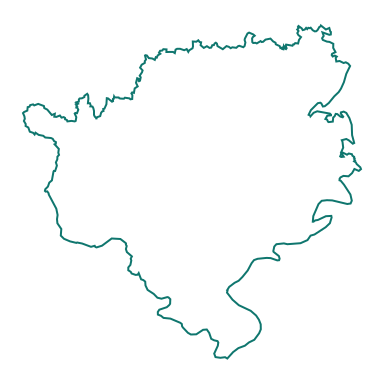 the district of Kishoreganj, Dhaka, Bangladesh
{"feature_id": "16705992B82604838368079", "entity_name": "Kishoreganj", "entity_type": "district", "adm_level": 2, "iso_a3": "BGD", "parent_name": "Bangladesh", "parent_adm1": "Dhaka", "projection": "mercator", "projection_center": [90.932, 24.337], "detail": "fine", "context": "isolated", "style": "outline", "palette": "teal", "viewbox_px": 384, "rotation_deg": 0, "n_neighbors": 0, "source": "geoboundaries", "source_scale": "gbopen_adm2", "svg_char_len": 5822}
<svg xmlns="http://www.w3.org/2000/svg" viewBox="0 0 384 384"><path d="M314.5,234.5L325.7,227.2L329.9,223.2L331.6,217.5L331.3,215.9L325.9,216.2L317.8,220.0L315.2,220.4L313.5,221.7L312.8,221.7L313.3,216.1L318.5,204.1L321.7,200.8L326.9,200.2L332.2,200.4L347.3,204.0L350.6,203.5L351.8,200.7L350.4,194.5L344.0,184.7L340.7,180.7L339.5,180.3L339.6,178.7L340.5,177.4L343.4,175.9L348.5,176.3L352.1,173.1L354.4,169.0L358.8,170.9L361.0,169.1L360.3,167.3L356.7,164.1L355.8,162.3L354.1,161.3L355.0,160.4L354.3,159.6L354.7,158.4L353.9,157.9L354.1,156.8L352.4,155.7L351.9,154.2L348.8,153.5L347.0,154.7L343.0,152.7L342.0,154.0L343.7,156.7L341.2,157.0L340.2,156.4L341.3,153.7L340.9,152.8L343.2,147.7L342.5,141.8L341.8,140.2L346.3,139.0L348.8,140.3L352.8,143.7L354.2,143.0L352.1,135.2L351.7,124.8L349.4,118.1L346.3,112.9L343.7,111.6L340.9,112.4L340.8,113.6L343.2,116.7L342.7,117.3L340.4,116.6L337.3,114.1L335.7,113.9L334.6,116.3L333.2,117.5L332.8,121.6L328.7,122.1L328.0,121.7L327.1,119.6L325.4,119.0L327.3,115.7L331.0,115.3L331.0,114.7L329.9,113.6L317.2,111.3L313.6,112.8L310.5,116.3L310.3,115.6L308.6,114.8L310.9,110.1L317.8,103.2L320.3,102.7L321.3,103.4L322.9,106.5L324.8,106.2L328.8,103.0L334.3,96.3L338.7,92.1L341.0,88.6L343.9,82.2L346.3,73.8L350.1,66.0L348.3,63.7L345.8,62.3L343.6,63.0L339.6,61.0L336.3,61.5L335.7,57.9L336.8,56.6L334.8,55.6L332.7,56.5L331.7,55.0L332.1,53.8L335.5,52.1L333.2,47.9L333.3,43.8L329.5,41.9L326.9,41.6L322.8,39.9L322.1,38.2L323.7,35.9L322.5,32.4L329.3,34.8L330.8,34.5L330.9,32.0L330.3,31.6L329.3,28.0L325.9,29.5L320.9,25.5L320.6,26.4L319.4,26.9L317.6,30.0L316.3,31.2L314.8,31.4L312.7,30.2L310.7,27.7L309.8,28.2L308.3,27.8L307.2,29.1L306.1,27.9L304.7,29.6L302.7,30.1L301.7,28.3L298.5,26.0L297.9,26.9L298.5,28.3L297.2,29.5L298.5,31.0L297.3,33.1L298.4,35.1L301.0,37.1L299.0,39.9L298.1,43.5L295.2,43.1L294.1,44.4L293.3,44.3L292.5,45.7L286.1,44.6L285.7,45.6L286.6,48.3L286.0,49.1L285.0,48.5L283.8,46.2L283.4,49.3L282.2,49.0L282.4,47.5L280.4,48.1L279.7,46.1L275.8,44.3L275.5,42.7L273.1,41.4L270.5,38.6L265.5,39.6L263.1,41.8L261.6,42.0L260.6,41.1L256.8,43.4L255.4,42.8L253.2,43.0L252.3,42.1L252.1,38.4L252.9,37.0L254.7,35.7L253.4,34.5L249.1,32.6L247.5,33.5L244.9,38.6L244.6,40.0L245.4,42.5L244.6,46.0L243.3,47.2L239.3,45.8L238.2,46.1L236.3,47.8L232.3,47.3L230.7,48.2L228.8,46.8L226.5,46.1L222.8,49.2L217.5,46.1L216.9,43.6L215.8,42.7L214.6,43.5L213.9,45.1L212.3,45.2L211.2,47.6L209.5,47.9L206.9,46.2L203.8,47.9L200.6,45.2L201.1,42.3L199.6,42.0L198.3,40.3L196.4,41.7L192.8,41.5L193.0,46.4L192.5,48.3L189.2,50.3L188.3,51.9L186.7,49.1L184.2,50.2L180.1,48.8L177.1,48.8L175.6,49.6L174.8,53.1L173.0,51.9L166.4,52.0L166.5,49.4L163.3,49.2L162.3,50.5L160.1,50.8L159.0,52.7L160.3,53.8L157.7,55.4L156.8,57.6L155.8,57.2L154.8,59.9L152.3,58.5L148.8,58.1L146.9,55.5L145.5,55.2L145.0,55.5L146.0,59.5L144.8,61.1L144.8,62.9L141.7,64.7L140.1,67.7L142.6,70.4L142.0,72.3L139.7,75.7L140.7,77.3L140.0,80.7L138.3,81.6L138.9,80.8L138.8,78.9L137.2,78.2L136.0,82.8L137.7,86.4L134.7,88.4L133.9,92.9L132.2,92.4L131.4,93.4L132.4,95.2L132.2,99.0L130.4,99.3L129.5,98.4L124.9,97.7L123.9,98.7L120.9,98.6L119.4,98.3L118.7,97.5L114.6,97.4L114.1,96.5L113.7,98.8L113.0,99.0L113.0,100.6L112.4,100.7L112.8,101.3L112.0,101.7L108.0,98.4L106.8,98.2L106.4,104.3L104.4,108.7L103.2,109.0L103.5,111.0L102.1,111.5L101.1,112.8L100.2,116.1L96.8,117.3L96.4,119.2L96.0,117.6L94.8,116.7L94.0,114.9L94.0,110.9L93.3,108.1L92.5,106.6L90.6,106.4L90.9,106.0L89.9,103.2L87.9,103.3L88.4,98.6L88.1,95.1L87.2,93.8L84.4,95.8L84.3,97.1L81.9,98.3L79.6,98.5L78.9,99.4L78.8,101.6L76.7,102.2L77.6,103.2L76.6,103.2L77.3,103.9L76.2,104.3L77.0,104.9L76.3,105.9L77.2,106.8L76.5,107.6L77.3,107.8L78.3,109.7L77.0,113.2L75.3,113.0L74.7,113.6L76.3,117.1L75.7,120.9L74.8,121.4L71.5,120.9L67.4,121.4L66.8,119.9L65.1,119.3L65.0,117.9L63.7,117.1L61.5,117.6L59.9,115.5L56.4,116.9L54.3,116.7L54.8,113.8L51.8,115.0L47.3,109.6L44.3,108.1L43.9,106.0L38.2,103.9L34.2,105.4L33.1,104.4L30.2,105.1L29.5,106.7L27.7,107.1L27.3,110.6L24.1,112.0L23.0,113.1L24.4,116.3L24.8,118.8L23.9,121.0L25.7,124.0L25.6,126.0L28.3,127.5L29.8,131.7L33.1,132.8L34.6,134.5L35.5,132.7L38.7,134.9L43.3,135.8L45.2,137.5L50.9,138.0L52.7,138.8L54.1,141.1L55.9,142.1L55.8,143.7L54.6,144.3L58.8,148.9L58.3,152.8L59.0,154.9L57.4,156.7L57.3,159.4L55.9,162.4L56.9,165.6L55.4,170.2L55.1,171.0L53.9,170.9L53.5,171.6L51.9,180.4L49.3,182.6L47.9,186.6L45.3,189.2L44.9,190.9L45.6,191.6L47.3,191.4L48.6,193.3L48.8,194.6L56.3,208.7L57.6,215.0L57.0,219.2L57.4,223.3L61.3,229.0L60.8,235.6L64.0,238.8L70.1,241.4L76.4,242.9L77.1,242.5L82.1,243.5L91.0,246.8L94.7,245.8L95.4,247.0L96.6,247.4L102.0,245.7L111.7,238.5L120.4,239.0L125.0,242.5L126.0,243.4L125.9,244.6L126.7,246.0L125.9,249.1L126.9,252.1L131.9,256.4L130.7,258.7L131.3,260.5L130.4,264.9L128.3,267.4L128.3,270.3L130.7,271.8L131.6,273.5L135.6,274.9L137.7,274.7L138.7,273.1L141.1,279.3L143.4,280.1L145.2,281.6L145.5,285.5L147.6,289.9L153.7,293.9L157.4,297.7L161.5,298.7L167.3,297.1L168.5,297.4L170.3,299.2L170.1,303.8L169.2,305.1L166.8,307.2L159.3,309.7L157.8,312.0L157.9,314.6L161.0,315.8L163.5,317.9L170.4,318.6L180.3,322.8L181.8,324.0L182.1,326.3L182.9,327.5L187.9,332.8L190.9,334.5L196.3,334.3L203.1,329.8L206.8,329.5L209.2,332.9L211.2,338.8L214.1,340.3L217.5,341.1L218.3,342.5L217.8,345.8L214.2,353.6L215.5,357.1L220.4,357.8L225.1,357.2L227.3,358.5L233.2,352.0L238.4,348.1L244.9,345.7L249.0,342.4L254.3,339.8L259.1,333.3L260.8,329.3L260.7,324.3L258.9,319.7L256.1,315.5L250.7,310.8L238.8,305.2L232.5,299.7L227.0,292.6L227.6,290.3L227.2,290.1L229.2,286.9L234.6,282.8L238.6,280.8L242.4,277.0L247.7,270.5L251.6,263.2L254.0,260.1L257.6,258.8L266.6,257.9L270.7,258.1L277.3,260.4L279.1,260.2L279.6,258.7L278.9,256.1L273.6,251.9L273.3,251.1L274.3,246.5L276.4,244.2L283.9,243.4L287.4,244.2L300.5,243.2L307.5,240.1L310.6,235.6L314.5,234.5Z" fill="none" stroke="#0f766e" stroke-width="2"/></svg>